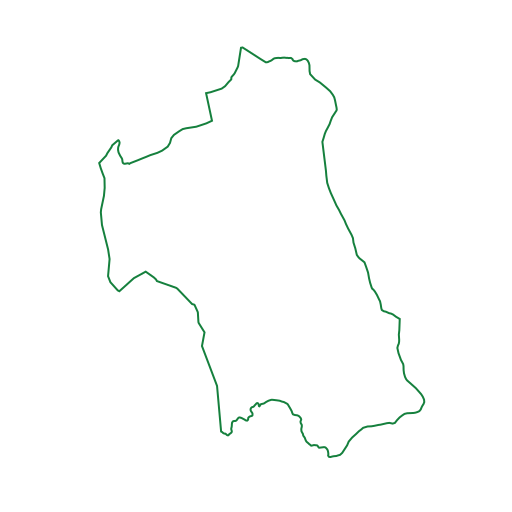 outline of Kota Kotamobagu, Sulawesi Utara, Indonesia, rotated 353°
{"feature_id": "22746128B93986330379000", "entity_name": "Kota Kotamobagu", "entity_type": "district", "adm_level": 2, "iso_a3": "IDN", "parent_name": "Indonesia", "parent_adm1": "Sulawesi Utara", "projection": "equal_earth", "projection_center": [124.319, 0.711], "detail": "fine", "context": "isolated", "style": "outline", "palette": "green", "viewbox_px": 512, "rotation_deg": 353, "n_neighbors": 0, "source": "geoboundaries", "source_scale": "gbopen_adm2", "svg_char_len": 6050}
<svg xmlns="http://www.w3.org/2000/svg" viewBox="0 0 512 512"><g transform="rotate(353 256 256)"><path d="M315.2,463.6L317.6,461.9L323.4,455.0L325.4,451.5L329.3,447.9L333.6,444.9L336.9,442.4L339.2,441.1L341.4,439.6L346.0,438.8L349.6,439.1L352.5,439.0L357.0,438.6L359.0,438.6L365.5,437.9L368.1,437.9L371.2,439.0L373.5,438.6L376.0,436.1L378.9,433.7L381.8,432.0L384.2,430.8L386.9,430.5L390.5,430.8L393.4,431.0L395.3,430.9L397.4,430.5L399.2,429.9L400.8,428.4L401.9,426.4L403.0,424.8L404.2,423.4L405.2,421.5L405.3,419.0L404.4,416.0L403.1,413.3L398.5,406.6L390.8,397.9L390.0,396.5L389.2,394.2L388.6,390.5L388.6,387.2L389.0,383.2L388.9,381.2L387.2,376.8L385.6,369.8L385.1,364.5L386.0,362.1L387.0,360.5L387.6,358.5L387.9,356.6L388.2,351.4L389.2,347.2L391.0,336.0L387.6,333.4L384.9,330.8L383.0,329.6L381.2,329.0L378.1,327.1L376.1,326.4L374.3,324.9L374.0,323.1L373.9,319.4L373.6,316.1L372.9,314.2L371.3,309.4L369.7,305.8L368.8,304.3L368.1,303.3L367.6,303.0L367.0,301.7L366.0,296.5L365.5,292.0L365.2,286.1L363.9,279.8L362.9,275.5L360.6,273.1L358.5,271.0L357.5,269.6L356.2,267.2L355.5,260.6L354.4,254.6L354.4,250.1L353.4,246.6L350.8,240.0L349.2,235.2L348.2,231.4L345.4,224.4L344.1,220.6L342.0,215.7L340.2,209.8L337.9,202.5L336.6,197.3L335.6,192.1L335.6,184.8L335.8,180.0L335.8,150.8L337.4,147.3L339.2,143.1L340.7,140.4L342.5,137.9L345.1,134.1L346.6,131.0L348.5,127.5L353.7,121.3L354.0,120.4L354.0,118.5L353.8,116.2L353.4,111.0L353.0,108.1L351.9,105.4L349.7,101.5L346.2,97.5L340.5,91.5L336.2,88.1L331.9,82.1L331.7,79.0L332.2,74.2L332.3,73.2L332.0,70.8L331.2,68.6L330.5,67.6L329.7,66.8L328.6,66.3L327.4,66.3L325.9,66.4L325.3,66.8L323.9,67.2L322.7,67.3L321.3,67.5L320.4,67.8L319.7,67.7L318.2,67.4L317.4,67.0L316.8,66.5L316.4,65.8L316.2,65.0L315.5,64.3L315.0,63.8L314.3,63.6L312.5,63.5L311.8,63.3L311.1,63.1L310.4,63.1L309.3,62.8L308.0,62.5L307.2,62.5L306.2,62.4L305.0,62.5L304.5,62.5L302.5,62.1L301.4,62.0L298.8,62.0L297.6,62.3L295.4,63.6L294.2,64.1L292.6,64.5L291.6,64.9L291.1,65.0L289.5,65.0L289.3,64.9L284.7,61.2L268.1,47.4L266.5,47.5L261.4,65.3L260.7,66.6L257.1,72.0L256.1,73.1L253.8,75.1L253.4,75.6L253.2,76.2L253.1,76.7L253.1,77.3L252.9,77.7L252.6,78.0L250.0,80.0L246.0,83.7L242.3,85.7L230.9,87.9L226.3,88.3L228.8,116.4L222.9,118.3L212.5,120.4L202.3,120.7L198.7,121.1L195.0,122.8L189.3,125.8L186.3,128.7L184.4,133.3L181.7,136.7L175.6,140.0L170.7,141.6L163.4,143.0L158.8,144.3L155.7,145.1L150.2,146.6L142.7,148.5L141.4,149.1L141.1,148.8L140.8,148.6L140.1,148.4L139.6,148.3L139.0,148.4L138.3,148.4L137.0,148.5L136.4,148.3L136.1,148.2L135.6,147.8L135.3,147.4L135.2,147.3L135.1,146.7L135.0,146.3L135.0,145.1L135.0,144.1L134.9,143.3L134.5,142.2L133.6,140.4L133.2,139.4L132.3,136.8L132.2,136.3L132.1,135.6L132.1,134.8L132.0,134.1L132.1,133.3L132.3,132.1L132.6,131.1L132.7,130.8L133.7,129.0L134.1,128.0L134.4,126.9L134.3,126.0L134.1,125.2L133.6,124.4L133.4,124.3L132.5,124.8L126.8,128.6L125.6,130.6L121.1,135.7L119.4,138.2L111.7,144.6L112.6,149.9L113.9,155.6L115.1,160.3L114.1,170.0L112.4,177.8L108.0,190.7L107.3,193.8L106.9,206.5L110.0,231.5L110.3,241.2L106.7,258.0L108.3,264.3L114.6,273.3L116.1,274.3L132.1,263.1L144.6,258.1L152.0,264.8L153.9,267.1L154.6,268.8L172.9,277.9L174.0,278.9L186.7,295.9L188.6,296.7L188.9,296.9L189.1,297.3L191.3,304.3L191.4,305.1L191.2,308.2L190.8,314.6L191.0,315.6L195.6,325.5L191.4,338.8L201.5,380.2L200.0,425.2L200.0,426.0L200.5,426.3L200.8,426.5L201.1,426.8L201.6,427.4L201.9,427.8L202.9,428.4L203.3,428.5L204.0,428.6L204.2,428.8L204.7,429.4L205.3,430.1L205.6,430.3L205.9,430.5L206.2,430.5L206.5,430.6L206.8,430.5L207.2,430.2L207.6,429.7L207.9,429.5L208.9,429.0L209.7,428.5L210.1,428.2L210.4,427.8L210.5,427.5L210.6,427.1L210.6,426.7L210.4,425.4L210.3,424.9L210.4,424.4L210.5,423.9L210.7,423.5L211.0,422.7L211.3,421.5L211.5,420.3L211.7,419.4L211.9,418.6L212.5,417.8L212.9,417.4L213.3,417.2L213.8,417.1L214.6,417.1L215.0,417.2L215.6,417.2L216.2,417.0L216.9,416.5L217.5,415.8L218.6,414.7L219.1,414.4L219.7,414.2L220.4,414.3L221.1,414.7L221.5,414.8L222.2,415.2L222.6,415.5L224.9,417.1L225.6,417.8L226.3,418.1L227.2,418.3L227.8,417.9L228.2,417.4L228.4,416.7L228.5,415.9L228.8,415.5L229.4,415.0L230.4,414.5L231.1,414.4L231.7,414.3L232.4,414.2L233.0,413.8L233.2,412.9L233.3,412.4L233.3,412.1L233.2,411.5L232.9,410.8L232.3,409.8L231.9,408.7L231.9,408.1L231.9,407.7L232.0,407.3L232.2,406.8L232.5,406.4L232.9,406.0L233.5,405.6L234.0,405.5L234.8,405.4L235.3,405.2L235.8,404.8L236.5,404.1L237.6,403.2L238.5,402.4L238.9,402.2L239.3,402.2L239.6,402.2L239.9,402.4L240.1,402.6L240.3,402.9L240.5,403.4L240.5,403.8L240.6,405.1L240.7,405.4L241.0,405.6L241.5,405.2L242.3,404.2L242.6,403.8L242.9,403.7L243.4,403.6L245.6,403.4L246.2,403.2L248.3,402.1L250.4,401.3L251.5,401.0L253.7,400.6L254.7,400.7L258.8,401.7L261.4,402.4L262.0,402.6L263.3,403.3L264.1,403.7L265.8,404.3L268.8,406.4L269.1,406.7L269.4,407.0L270.0,408.3L270.6,409.7L271.2,411.0L271.4,411.6L271.7,412.2L272.5,414.3L272.7,415.3L272.9,416.3L273.1,416.8L273.3,417.5L273.6,417.8L275.3,418.6L276.1,418.8L276.9,419.0L277.3,419.1L277.8,419.3L278.6,419.8L279.0,420.1L279.4,420.5L279.6,420.8L280.5,422.1L280.7,422.6L280.9,423.3L280.9,423.7L280.9,424.0L280.7,424.3L280.4,424.9L280.1,425.5L280.0,425.8L280.0,426.1L280.0,426.3L280.0,426.9L280.1,427.4L280.2,427.8L280.7,428.7L280.8,429.0L280.8,429.6L280.8,430.2L280.7,430.6L280.6,431.2L280.2,432.2L280.0,432.7L280.0,433.0L279.8,433.7L279.8,434.9L279.8,435.3L279.8,435.6L279.9,435.9L280.1,436.4L280.7,437.9L280.9,438.3L280.9,438.6L281.0,439.9L281.1,440.2L281.2,440.4L282.2,442.2L282.4,443.0L282.8,444.7L283.1,445.6L283.5,446.4L283.7,446.7L285.2,448.3L286.0,449.3L286.9,450.1L287.5,450.9L287.7,451.0L288.1,451.0L289.8,450.8L290.5,450.7L290.9,450.8L293.5,451.4L293.9,451.8L294.1,452.1L294.7,453.3L295.0,453.8L295.4,454.0L296.9,454.0L300.2,454.0L300.9,454.2L301.2,454.3L301.7,454.6L302.2,455.2L302.8,456.1L303.2,456.7L303.4,457.4L303.6,458.3L303.7,459.5L303.7,460.3L303.7,461.1L303.6,461.8L303.3,462.7L303.6,463.7L304.1,464.3L305.4,464.6L307.3,464.3L309.0,464.2L311.3,464.3L313.2,463.9L315.2,463.6Z" fill="none" stroke="#15803d" stroke-width="2"/></g></svg>